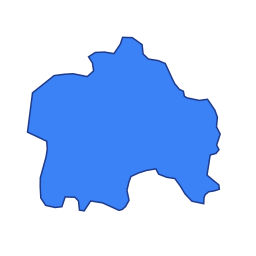 outline of Jeongeup-si, North Jeolla, South Korea, rotated 9°
{"feature_id": "91817680B14892127844453", "entity_name": "Jeongeup-si", "entity_type": "district", "adm_level": 2, "iso_a3": "KOR", "parent_name": "South Korea", "parent_adm1": "North Jeolla", "projection": "mercator", "projection_center": [126.936, 35.604], "detail": "fine", "context": "isolated", "style": "filled", "palette": "blue", "viewbox_px": 256, "rotation_deg": 9, "n_neighbors": 0, "source": "geoboundaries", "source_scale": "gbopen_adm2", "svg_char_len": 1174}
<svg xmlns="http://www.w3.org/2000/svg" viewBox="0 0 256 256"><g transform="rotate(9 128 128)"><path d="M202.0,87.2L194.2,89.6L181.6,89.0L178.7,87.8L176.9,83.0L172.7,81.8L167.3,77.0L164.3,72.9L160.7,67.5L154.7,58.5L147.5,56.7L137.3,56.7L131.3,52.5L128.9,43.5L118.1,38.1L108.5,39.3L107.3,46.5L102.5,56.7L92.9,56.7L83.9,58.5L78.2,63.6L77.9,63.9L82.7,69.3L85.1,77.0L79.7,83.6L65.4,83.0L57.0,84.8L46.8,87.8L40.8,94.4L34.2,101.6L28.2,108.2L29.4,147.8L32.4,148.7L43.8,152.0L49.8,153.8L51.6,161.6L51.6,169.4L49.8,185.5L49.2,190.9L50.4,199.3L52.8,210.7L54.3,212.4L58.8,217.3L68.4,217.9L75.0,216.1L76.7,205.9L86.3,204.7L90.5,207.7L92.9,216.7L97.7,216.7L102.5,205.9L114.5,205.9L121.1,207.7L131.9,210.7L134.9,209.5L137.9,205.9L140.3,199.3L136.7,189.7L137.3,181.3L138.5,175.4L145.7,170.6L152.9,167.0L161.9,164.0L165.5,168.8L173.9,170.6L182.2,170.6L188.8,177.2L194.8,184.3L202.6,190.3L214.6,190.9L214.0,184.9L214.6,181.9L217.6,178.4L223.0,176.6L227.8,174.2L226.6,170.0L219.4,165.8L213.4,162.2L213.4,155.0L213.4,147.2L213.4,141.8L218.8,139.4L221.2,135.2L218.2,131.0L220.0,119.6L215.2,113.0L214.6,103.4L211.0,96.8L202.0,87.2Z" fill="#3b82f6" stroke="#1e3a8a" stroke-width="1.5"/></g></svg>